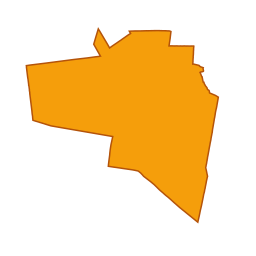 outline of Caraula, Dolj, Romania, rotated 83°
{"feature_id": "2599482B35148245889168", "entity_name": "Caraula", "entity_type": "district", "adm_level": 2, "iso_a3": "ROU", "parent_name": "Romania", "parent_adm1": "Dolj", "projection": "equal_earth", "projection_center": [23.254, 44.175], "detail": "fine", "context": "isolated", "style": "filled", "palette": "amber", "viewbox_px": 256, "rotation_deg": 83, "n_neighbors": 0, "source": "geoboundaries", "source_scale": "gbopen_adm2", "svg_char_len": 3370}
<svg xmlns="http://www.w3.org/2000/svg" viewBox="0 0 256 256"><g transform="rotate(83 128 128)"><path d="M108.8,221.4L116.5,204.2L134.6,144.2L139.3,145.8L142.4,146.9L145.2,147.7L147.4,148.3L150.7,149.1L152.7,149.5L157.3,150.7L160.5,151.5L161.7,151.8L163.6,152.2L165.1,146.9L165.8,144.2L166.9,140.2L167.4,138.5L170.0,128.9L170.6,127.0L171.8,123.5L172.2,122.9L172.9,122.1L173.0,122.1L173.3,121.8L174.2,120.9L174.5,120.7L175.2,120.2L175.7,119.8L176.1,119.5L177.8,118.4L184.0,112.1L187.4,108.9L193.1,104.4L199.6,98.6L201.4,96.8L204.2,94.3L207.6,91.4L211.4,88.0L213.2,86.4L230.0,70.2L226.4,68.9L224.2,68.1L222.1,67.4L218.5,66.2L214.2,64.6L205.8,61.8L203.2,61.0L200.5,59.9L198.4,59.3L197.5,58.9L195.8,58.4L192.2,57.2L189.9,56.5L188.6,56.0L186.5,55.3L185.6,54.9L184.9,55.0L182.7,55.2L179.8,55.4L177.0,55.7L176.7,55.7L176.4,55.6L175.7,55.3L174.9,55.1L174.0,54.8L173.2,54.5L172.3,54.2L171.4,54.0L170.5,53.7L169.6,53.4L168.7,53.2L168.3,53.0L167.9,52.9L167.0,52.7L166.2,52.4L165.6,52.3L165.3,52.1L164.3,51.8L163.4,51.5L162.4,51.2L161.4,50.9L160.5,50.6L159.5,50.3L158.5,50.0L157.8,49.8L156.9,49.5L156.3,49.3L155.6,49.1L154.8,48.8L154.0,48.6L153.1,48.3L152.2,48.0L151.3,47.7L150.4,47.4L149.5,47.1L148.6,46.9L147.7,46.6L146.7,46.3L145.8,46.0L144.9,45.7L143.9,45.4L143.0,45.1L142.5,44.9L142.1,44.8L141.5,44.7L140.7,44.5L140.4,44.4L139.5,44.2L138.3,43.8L131.3,41.7L129.5,41.2L127.8,40.6L125.4,39.9L123.2,39.3L120.2,38.3L119.3,37.9L117.1,37.2L114.1,36.3L110.5,35.2L108.4,34.6L106.4,37.1L103.1,42.8L101.4,42.8L100.9,42.9L100.5,43.1L100.1,43.6L99.5,44.3L99.0,44.5L97.7,44.7L96.8,45.2L95.6,46.0L94.7,46.3L93.3,46.9L92.6,47.0L91.8,47.1L91.6,47.8L89.4,48.0L86.2,48.2L86.1,48.5L83.8,49.1L82.2,49.5L81.6,49.8L81.3,49.3L81.3,49.1L81.3,48.5L81.2,47.8L81.2,47.1L81.0,46.5L80.9,46.3L80.6,46.1L80.1,46.1L79.5,46.2L78.8,46.2L77.7,46.2L77.3,46.0L77.2,46.3L76.7,47.2L76.3,48.1L76.1,48.5L75.9,48.6L75.6,49.2L75.3,49.5L75.0,49.5L74.7,49.7L74.5,49.9L74.3,50.4L73.9,51.5L73.3,53.1L73.0,53.9L72.4,55.5L72.4,55.9L71.3,55.7L69.9,55.4L69.0,55.3L67.9,55.1L66.8,54.9L66.0,54.7L64.9,54.6L63.7,54.3L62.7,54.1L61.5,53.9L60.0,53.7L58.6,53.4L57.1,53.2L54.8,52.7L54.7,52.7L54.6,53.0L54.6,53.5L54.5,54.1L54.4,55.0L54.3,55.5L54.3,55.9L54.2,56.6L54.1,57.6L53.9,58.7L53.8,59.7L53.7,60.5L53.4,62.2L53.3,63.7L53.2,64.6L53.0,65.7L52.9,66.9L52.7,68.3L52.4,70.1L52.3,71.5L52.1,72.8L51.8,74.8L51.5,77.3L44.4,75.3L38.6,73.9L37.5,73.6L37.3,73.8L36.7,75.1L36.4,77.1L36.1,78.6L35.5,83.0L35.0,86.1L34.6,89.7L33.9,96.7L33.7,98.2L33.2,103.6L32.9,106.2L32.5,109.6L32.2,113.4L32.1,114.9L34.5,113.9L34.6,114.1L35.7,116.5L40.4,125.3L42.9,130.1L44.8,133.8L46.3,136.5L41.8,138.4L35.2,141.3L28.6,144.2L26.0,145.4L34.4,149.1L40.7,151.8L53.3,146.6L53.3,147.1L53.4,147.6L53.4,151.1L53.4,152.5L53.5,159.6L53.4,173.8L53.6,202.0L53.6,217.4L53.7,220.6L53.7,221.3L53.8,221.3L54.3,221.3L54.7,221.3L55.2,221.4L55.9,221.4L56.5,221.4L57.3,221.4L58.0,221.4L59.0,221.4L59.9,221.4L60.5,221.4L61.0,221.4L61.5,221.4L62.2,221.4L63.4,221.4L64.1,221.4L65.6,221.4L67.5,221.3L68.4,221.3L69.5,221.3L70.8,221.3L72.5,221.3L73.1,221.3L73.5,221.4L74.0,221.3L74.4,221.2L75.1,221.2L76.5,221.2L77.8,221.2L79.0,221.3L80.4,221.2L82.1,221.3L83.7,221.3L85.3,221.3L86.6,221.3L88.3,221.3L89.7,221.3L91.4,221.3L93.7,221.3L95.2,221.3L97.5,221.3L99.2,221.3L102.2,221.4L104.7,221.3L106.5,221.4L108.1,221.4L108.8,221.4Z" fill="#f59e0b" stroke="#b45309" stroke-width="1.5"/></g></svg>